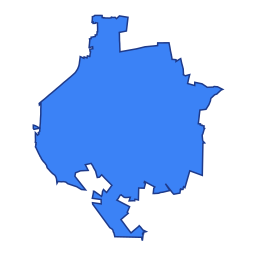 Kanasín, Yucatán, Mexico
{"feature_id": "50627088B17603753996885", "entity_name": "Kanasín", "entity_type": "district", "adm_level": 2, "iso_a3": "MEX", "parent_name": "Mexico", "parent_adm1": "Yucatán", "projection": "robinson", "projection_center": [-89.548, 20.915], "detail": "fine", "context": "isolated", "style": "filled", "palette": "blue", "viewbox_px": 256, "rotation_deg": 0, "n_neighbors": 0, "source": "geoboundaries", "source_scale": "gbopen_adm2", "svg_char_len": 5454}
<svg xmlns="http://www.w3.org/2000/svg" viewBox="0 0 256 256"><path d="M128.0,17.3L120.0,16.0L119.5,15.9L119.2,16.1L117.9,17.4L116.5,18.6L115.6,17.8L115.1,17.3L114.3,17.4L114.0,17.5L112.5,17.4L111.4,17.1L111.2,17.8L110.6,17.9L109.2,18.1L107.4,18.0L105.9,18.0L104.7,17.9L103.7,17.9L103.7,17.6L102.2,17.6L102.1,15.5L100.7,15.4L94.8,15.4L94.5,15.8L94.1,16.0L93.7,16.2L93.4,16.4L93.2,16.5L92.8,16.6L92.6,16.7L92.4,16.7L92.3,19.6L92.0,22.2L93.1,22.0L93.0,22.6L93.0,23.4L94.4,23.4L95.2,23.3L95.3,23.0L95.6,22.6L96.2,22.8L96.8,22.9L97.3,23.1L97.5,23.1L97.5,23.6L97.5,25.3L97.6,26.8L97.6,28.5L97.6,30.2L97.6,31.8L97.1,31.8L97.0,33.2L96.9,33.6L96.9,34.8L95.9,35.0L95.3,34.9L95.3,36.5L94.1,36.7L92.6,37.0L91.1,37.2L91.1,38.6L89.5,38.9L89.8,40.2L89.8,40.3L89.6,42.0L89.5,43.6L89.4,44.3L89.3,45.4L89.1,47.5L91.1,47.1L91.9,46.9L92.6,46.7L92.8,48.6L92.8,48.8L92.6,48.8L92.4,48.7L92.1,48.8L91.3,49.0L89.8,49.2L90.0,50.9L90.1,51.5L90.5,51.5L90.4,52.9L90.3,53.2L90.1,54.4L89.8,56.5L89.6,56.5L88.4,56.1L87.4,55.9L87.0,57.9L85.5,57.4L84.1,56.9L83.9,58.3L83.2,58.0L82.0,57.4L80.2,56.6L80.1,57.9L79.8,60.0L79.5,62.1L79.4,63.0L79.3,63.8L79.1,64.7L79.1,65.0L78.7,66.3L78.5,66.8L78.1,67.9L77.4,69.4L77.3,69.6L76.9,70.1L75.8,71.9L74.7,73.2L74.0,73.8L72.6,75.1L71.0,76.5L70.6,76.9L69.9,77.4L69.6,77.7L68.7,78.4L67.0,79.9L65.3,81.3L63.7,82.6L63.5,82.8L63.0,83.2L62.6,83.6L62.0,84.1L61.1,84.9L60.2,85.7L59.5,86.3L57.1,88.3L56.7,88.6L55.5,89.7L54.4,90.6L53.8,91.1L51.7,92.9L49.1,95.0L45.7,98.0L44.4,99.1L42.0,101.0L39.2,103.4L39.4,105.0L40.9,103.6L40.9,105.2L40.9,105.3L40.9,105.5L40.9,107.3L40.8,108.9L40.8,109.8L40.8,110.6L40.8,112.0L40.8,112.4L40.8,114.1L40.7,115.7L40.6,117.3L40.5,118.9L40.5,119.3L40.4,120.6L40.4,120.9L40.4,121.1L40.4,122.0L40.3,122.8L40.3,123.2L40.3,123.6L40.2,124.3L40.1,125.3L40.1,125.5L40.0,126.2L40.0,128.0L39.4,127.8L38.3,127.4L37.6,126.9L36.9,126.5L36.0,126.1L35.3,125.7L34.6,125.5L34.1,125.4L33.9,125.2L33.3,125.1L33.3,128.4L33.4,128.5L33.9,129.3L34.4,129.3L35.2,129.1L37.1,128.7L38.7,128.4L39.9,128.2L39.7,131.5L38.2,132.9L38.9,133.9L38.4,134.4L37.6,135.2L36.4,133.8L35.8,133.1L35.4,132.7L35.4,133.9L35.4,134.5L35.4,135.2L35.4,136.8L35.5,140.1L35.3,142.5L36.2,142.8L35.8,144.4L36.0,144.5L35.4,146.9L35.5,147.0L35.8,147.4L36.0,147.7L36.2,148.2L36.3,148.4L36.5,148.9L36.8,149.5L37.3,150.5L37.4,150.8L37.8,151.6L38.0,152.0L38.2,152.5L39.0,154.1L39.7,155.4L40.1,156.4L40.9,157.4L41.2,158.5L42.3,160.0L43.4,161.5L44.3,162.4L44.8,162.9L45.5,163.9L46.5,165.3L47.0,167.2L47.2,167.8L49.1,169.9L50.4,171.4L52.1,173.1L52.9,173.8L54.7,175.1L55.6,176.4L56.3,178.1L56.6,179.5L56.7,180.7L56.9,182.5L57.0,183.3L58.0,181.5L60.2,181.7L61.7,181.8L63.2,181.6L65.7,182.0L67.8,183.7L76.7,186.7L81.4,189.5L83.5,189.7L85.6,189.9L81.1,184.2L74.9,176.3L75.5,172.8L80.5,170.8L88.2,170.4L85.3,164.7L91.1,163.4L92.9,166.1L93.4,167.4L94.4,169.1L95.6,171.2L96.9,176.1L97.3,177.5L99.4,177.2L101.7,174.8L105.2,178.6L111.9,185.3L107.2,191.7L106.6,192.5L103.5,189.5L102.5,191.6L102.2,194.2L101.9,195.3L101.5,196.4L94.3,191.3L93.5,191.2L93.5,192.3L92.3,198.3L101.1,199.5L101.2,202.3L101.2,203.9L92.5,202.7L92.7,204.2L109.8,227.6L112.2,229.2L112.9,230.1L113.3,231.9L113.9,232.9L114.5,235.2L114.8,236.7L141.7,237.3L142.0,239.6L142.4,240.6L143.1,234.6L142.6,234.3L142.6,233.4L143.6,233.5L143.4,232.1L144.6,232.0L145.9,231.7L146.2,231.6L145.2,231.1L143.4,230.2L142.9,230.0L140.4,226.9L139.2,225.7L138.8,226.3L131.0,232.9L129.8,231.4L129.1,230.5L128.9,230.2L127.9,228.9L127.2,228.0L126.6,227.2L122.7,221.9L120.9,219.6L122.4,218.3L124.1,216.8L126.0,215.2L128.2,213.3L127.2,212.3L129.6,206.7L123.4,203.5L116.9,200.1L117.1,199.9L118.0,198.8L119.9,195.6L120.1,195.2L120.4,195.1L121.1,194.9L121.1,195.1L122.9,196.1L123.0,196.5L124.2,197.3L125.2,197.5L125.5,197.5L126.7,197.5L128.2,197.4L129.0,197.3L130.3,197.3L129.1,200.9L134.0,200.7L134.7,200.8L134.9,199.3L135.8,199.4L138.4,200.0L138.7,188.0L144.2,188.2L145.5,183.2L144.2,182.7L144.5,181.5L154.8,187.0L153.8,188.2L153.2,193.5L154.6,193.5L158.1,193.3L159.7,192.9L159.8,192.6L160.4,192.5L162.8,192.2L169.5,190.6L169.9,190.6L165.4,183.7L171.2,191.1L171.9,192.1L173.6,194.1L174.0,194.1L174.5,194.1L174.9,194.0L175.1,194.0L175.5,193.9L175.8,193.8L176.1,193.8L176.4,193.7L176.7,193.7L177.1,193.6L177.6,193.5L178.2,193.4L178.7,193.3L179.4,193.2L179.9,193.1L180.3,190.4L180.7,189.9L180.3,189.3L180.9,188.8L181.5,189.5L183.0,189.4L183.3,187.4L183.6,186.7L184.9,187.7L189.8,170.8L202.3,175.4L202.9,143.1L204.6,142.9L202.7,140.8L202.2,135.6L202.4,134.5L202.8,134.0L204.1,129.4L204.2,129.2L204.5,128.8L204.7,128.4L203.8,127.9L204.1,126.0L201.9,125.5L202.0,125.2L200.2,124.8L200.4,123.9L198.3,123.7L199.1,116.9L199.4,114.1L199.7,111.7L199.9,110.1L206.0,109.3L208.9,104.7L210.4,100.9L210.8,98.4L214.6,94.8L215.7,94.4L216.9,94.0L218.2,92.7L221.2,90.0L222.7,89.4L217.6,86.8L214.1,86.5L213.1,87.1L207.2,87.3L206.1,86.5L202.0,83.8L194.8,82.3L194.7,85.5L192.4,84.9L187.6,83.5L188.6,78.9L189.7,74.6L185.3,75.8L183.4,74.7L183.5,74.5L183.2,69.0L182.3,65.4L181.7,63.3L180.7,58.6L179.1,59.5L176.0,61.5L176.0,59.7L172.8,59.4L172.3,59.4L172.1,59.4L171.7,57.0L171.6,56.3L171.4,55.7L171.4,55.4L171.4,54.9L171.3,54.7L171.2,54.4L170.9,52.9L170.6,51.6L170.4,50.5L170.0,48.1L169.9,47.5L169.8,47.0L169.6,46.0L169.3,44.4L169.0,42.8L157.7,42.9L157.6,45.6L145.0,46.8L138.0,48.5L136.3,48.9L128.4,50.3L119.9,51.8L119.9,50.0L119.9,49.1L119.8,47.4L119.7,43.3L119.5,40.6L119.5,40.3L119.4,34.7L119.3,32.4L126.4,31.0L128.0,17.3Z" fill="#3b82f6" stroke="#1e3a8a" stroke-width="1.5"/></svg>